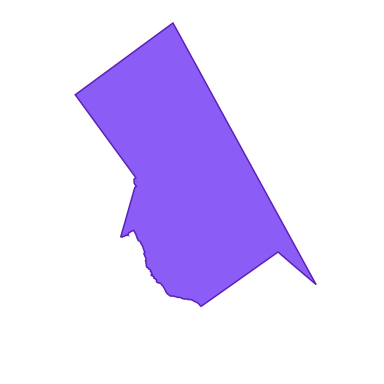 Rivadavia, Córdoba, Argentina (Equal Earth projection), rotated 324°
{"feature_id": "61730980B21057051979490", "entity_name": "Rivadavia", "entity_type": "district", "adm_level": 2, "iso_a3": "ARG", "parent_name": "Argentina", "parent_adm1": "Córdoba", "projection": "equal_earth", "projection_center": [-62.507, -30.072], "detail": "fine", "context": "isolated", "style": "filled", "palette": "violet", "viewbox_px": 384, "rotation_deg": 324, "n_neighbors": 0, "source": "geoboundaries", "source_scale": "gbopen_adm2", "svg_char_len": 2860}
<svg xmlns="http://www.w3.org/2000/svg" viewBox="0 0 384 384"><g transform="rotate(324 192 192)"><path d="M238.0,339.9L238.2,338.0L250.4,242.8L252.0,230.5L255.6,202.3L259.2,174.2L259.5,172.0L263.7,139.0L268.0,105.8L269.4,95.3L270.7,84.7L273.6,62.4L275.1,50.8L275.3,49.1L275.6,46.5L275.9,44.1L273.4,44.1L270.9,44.1L154.7,44.7L154.8,95.2L154.9,118.5L155.0,147.5L153.8,147.5L152.6,147.6L151.4,149.3L150.3,151.2L150.3,151.6L150.3,154.7L148.4,154.7L129.7,169.4L120.3,176.8L110.9,184.1L109.7,185.1L108.1,186.3L108.2,186.7L108.5,187.0L108.9,187.4L109.5,187.4L110.0,187.3L110.1,187.6L110.9,188.0L111.4,188.0L111.6,188.0L111.8,187.9L112.1,187.9L112.6,187.9L113.0,188.5L113.5,188.7L114.1,189.0L114.7,188.6L115.1,188.8L115.2,189.2L115.4,188.7L115.7,188.6L116.2,188.3L116.5,188.0L117.0,188.0L118.1,188.0L122.2,188.6L122.2,189.5L122.1,190.0L122.1,190.6L122.0,191.2L121.9,191.6L121.8,192.3L121.7,192.8L121.7,193.6L121.6,194.0L121.2,194.6L121.0,195.6L120.9,196.2L120.4,197.2L120.4,197.9L120.3,198.2L120.3,198.7L120.0,199.5L120.1,200.0L120.6,200.7L120.7,201.2L120.9,202.1L120.9,202.7L120.5,203.3L120.4,204.5L120.4,205.1L120.0,207.5L119.6,208.6L119.2,209.6L119.2,210.5L118.5,211.8L118.6,212.4L118.4,213.2L118.3,213.3L117.9,213.4L117.5,213.4L116.9,213.4L116.8,214.0L116.6,215.0L116.4,215.2L116.2,216.6L116.0,216.9L115.9,217.7L115.9,218.1L115.7,218.8L115.2,219.7L114.9,219.8L114.5,219.9L113.8,220.4L113.7,221.2L112.6,223.2L112.5,223.6L112.2,224.0L111.8,224.8L111.5,225.4L111.3,226.0L111.3,226.6L111.4,226.8L111.6,226.9L111.9,227.3L111.9,228.1L111.7,228.2L111.7,228.7L112.5,230.4L112.5,230.8L112.4,231.3L112.4,231.7L112.0,231.7L111.7,231.8L111.7,232.3L111.9,232.8L111.7,233.5L111.5,234.1L111.5,235.1L111.3,235.4L110.9,235.3L110.8,235.1L110.5,235.0L110.1,235.1L110.1,235.6L110.7,236.9L111.3,237.7L111.3,238.3L110.5,239.1L110.9,240.0L111.3,241.1L111.5,241.4L111.8,241.9L111.4,242.5L111.3,242.9L110.7,243.2L110.6,243.5L110.7,244.6L111.0,245.3L111.6,246.0L111.9,246.3L112.3,246.8L112.7,247.1L113.1,248.8L112.9,249.8L113.2,250.7L113.2,251.5L113.0,253.2L112.9,254.0L112.8,254.6L112.6,255.4L112.5,256.0L112.4,256.8L112.2,257.4L112.2,258.2L112.2,259.1L112.2,260.0L112.5,260.8L112.8,261.6L113.0,262.6L113.3,263.3L113.8,263.9L114.3,264.3L115.3,264.7L115.7,265.2L116.2,265.9L116.7,266.6L117.4,267.1L117.7,267.7L118.1,268.4L118.9,269.2L119.5,269.6L120.1,270.0L120.5,270.5L121.0,271.3L121.2,271.8L121.6,272.6L122.3,273.4L122.9,274.1L123.4,274.6L123.9,274.9L124.6,275.2L125.2,275.6L125.5,276.4L125.9,277.1L126.7,277.4L126.9,277.5L127.5,278.1L128.2,279.0L128.6,279.7L129.1,280.6L129.2,280.9L130.1,282.7L131.0,284.1L131.6,285.8L131.8,287.4L131.8,288.6L132.2,289.9L133.5,289.9L186.3,290.6L200.1,290.8L203.7,290.8L210.4,290.9L225.5,291.1L226.3,291.1L228.1,298.6L229.8,305.9L231.8,314.3L233.6,321.7L234.4,325.1L235.7,330.2L238.0,339.9Z" fill="#8b5cf6" stroke="#5b21b6" stroke-width="1.5"/></g></svg>